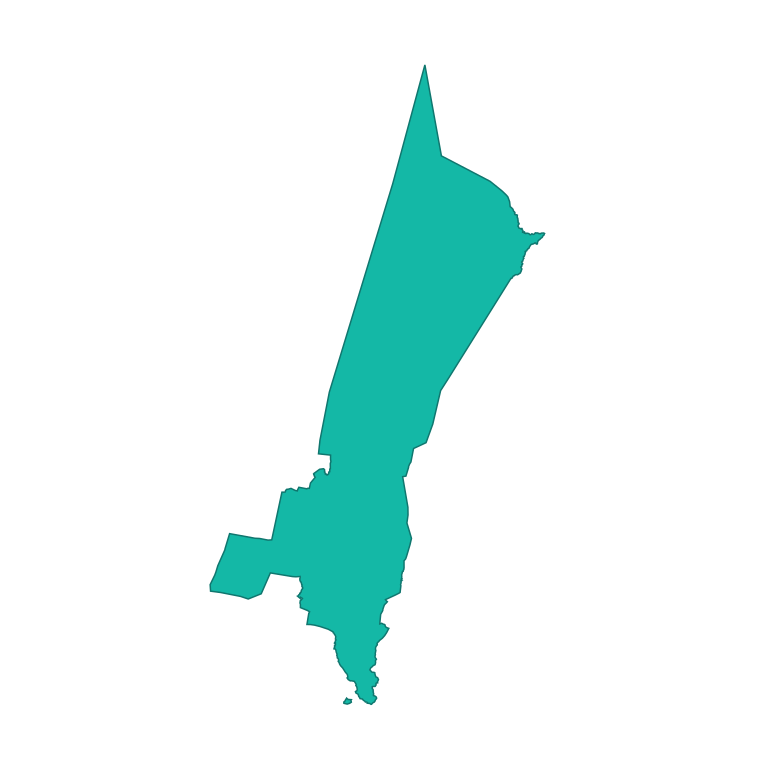 Þingeyjarsveit, Norðurland eystra, Iceland (Albers equal-area conic projection), rotated 195°
{"feature_id": "244011B2873245088627", "entity_name": "Þingeyjarsveit", "entity_type": "district", "adm_level": 2, "iso_a3": "ISL", "parent_name": "Iceland", "parent_adm1": "Norðurland eystra", "projection": "albers", "projection_center": [-17.794, 65.291], "detail": "fine", "context": "isolated", "style": "filled", "palette": "teal", "viewbox_px": 768, "rotation_deg": 195, "n_neighbors": 0, "source": "geoboundaries", "source_scale": "gbopen_adm2", "svg_char_len": 6060}
<svg xmlns="http://www.w3.org/2000/svg" viewBox="0 0 768 768"><g transform="rotate(195 384 384)"><path d="M396.2,131.8L392.9,132.6L388.8,133.1L383.0,133.2L374.5,132.7L369.0,131.4L368.7,130.6L367.7,130.3L367.3,129.6L366.2,128.7L365.2,127.5L364.9,125.0L364.2,124.6L364.2,123.8L364.5,123.2L364.4,122.2L364.6,121.6L364.2,121.7L363.9,121.5L363.8,121.2L364.3,120.4L363.7,120.3L363.4,119.6L363.5,119.1L363.8,118.7L363.6,118.5L363.6,118.3L364.0,118.0L363.5,117.1L363.9,115.9L363.7,115.8L363.6,115.2L362.7,115.5L361.8,114.8L360.6,112.4L359.4,110.9L359.4,109.7L358.8,109.0L358.2,107.3L357.4,107.1L356.7,106.2L356.4,105.4L356.4,104.1L355.4,103.5L354.5,102.1L353.1,100.7L350.4,99.0L346.8,95.7L344.2,93.9L343.1,91.6L343.4,90.8L343.6,90.5L342.7,90.1L342.3,89.3L339.8,88.5L338.7,88.9L335.7,89.1L333.9,87.4L333.1,86.5L333.2,85.5L332.1,84.6L331.6,83.9L330.8,82.0L330.8,81.2L331.0,80.3L331.6,80.0L332.0,79.5L331.2,78.3L328.7,77.6L327.5,75.6L326.6,75.0L325.7,73.9L323.2,74.1L322.2,73.2L320.5,72.7L319.7,72.0L318.3,72.3L317.6,72.0L317.3,71.7L317.4,71.4L314.9,71.7L313.6,71.2L313.1,71.5L312.6,72.6L311.8,73.7L311.0,74.3L310.6,75.5L310.6,76.5L309.8,78.2L309.8,78.6L310.0,79.0L310.7,79.8L312.2,80.3L313.5,80.3L313.8,80.9L313.7,81.7L314.0,82.6L314.9,83.8L314.8,84.6L315.1,84.9L315.5,86.1L316.5,86.7L316.6,87.4L317.0,88.4L317.0,88.6L316.6,88.9L314.3,89.6L313.8,91.0L313.8,91.5L314.2,92.2L314.0,93.2L312.8,93.7L313.2,94.7L312.8,97.0L314.2,98.7L316.1,99.0L317.7,101.5L318.1,102.7L319.0,102.9L321.0,102.5L323.7,104.2L323.3,106.5L322.1,108.0L321.5,109.3L320.1,110.4L320.0,110.6L320.0,111.0L320.0,112.6L320.6,114.4L320.6,114.8L320.1,116.2L321.6,117.4L322.2,118.6L322.3,119.1L322.2,120.2L322.7,121.3L322.9,124.3L323.0,124.8L323.4,125.1L323.8,126.5L323.9,127.5L323.6,128.9L323.0,130.2L323.0,130.5L323.6,131.7L323.1,132.9L322.3,134.0L322.1,134.9L319.8,138.0L318.2,141.2L317.1,144.6L316.1,149.2L318.1,149.4L319.3,149.7L320.1,150.4L320.7,151.6L321.5,151.9L322.4,151.8L324.3,152.3L326.0,151.2L327.6,160.7L326.7,164.2L326.6,165.3L326.8,166.2L326.5,170.5L325.9,171.8L325.0,173.3L324.4,174.6L326.1,175.4L326.8,176.1L318.3,183.2L315.3,185.9L314.5,186.8L315.5,193.6L316.0,194.3L316.1,194.9L316.0,196.3L316.3,197.2L316.4,197.9L316.1,198.4L316.3,198.7L316.2,198.8L316.5,198.8L316.4,199.0L316.5,199.1L316.4,199.4L316.7,199.6L316.8,200.2L316.4,200.4L316.2,200.3L316.2,200.8L316.7,201.3L317.0,202.2L317.0,202.7L317.6,204.3L317.5,205.3L317.6,205.9L317.5,206.3L317.7,207.2L317.0,208.0L317.2,208.5L316.9,209.6L317.0,210.4L316.9,210.5L317.1,210.9L317.0,211.4L318.9,218.4L317.8,220.7L317.6,223.6L317.3,235.4L317.5,242.0L325.9,255.7L326.9,263.7L329.0,271.1L342.0,299.3L339.0,300.7L338.7,309.7L338.9,310.6L338.8,311.5L338.5,313.5L337.8,315.6L338.7,328.5L338.7,329.4L328.2,338.2L326.5,357.9L327.6,392.3L323.3,405.8L288.7,518.9L288.1,519.0L287.6,519.7L287.5,520.0L287.6,520.4L286.9,522.0L286.2,522.3L285.8,523.0L284.9,523.8L283.2,524.1L281.0,526.6L280.9,527.9L280.7,528.3L280.9,528.8L280.7,529.3L280.6,530.6L280.8,531.1L281.8,531.9L282.1,532.5L282.0,532.8L281.5,533.2L281.4,533.9L281.9,534.9L281.2,535.5L281.1,536.0L282.6,537.4L282.3,538.3L281.8,538.6L281.8,540.9L281.4,541.4L282.3,542.8L282.2,543.2L281.6,543.6L281.5,543.9L281.7,544.5L281.3,545.4L281.5,546.1L281.4,547.9L281.9,548.6L280.7,549.5L280.5,550.7L280.1,551.0L280.0,551.9L279.1,552.7L279.0,553.0L279.0,554.1L278.0,556.9L275.8,558.1L274.6,559.4L273.9,559.3L273.1,558.6L272.2,558.9L272.1,559.1L272.4,560.4L272.1,562.4L270.7,564.3L270.0,565.6L269.3,566.3L269.0,567.0L268.8,568.3L268.0,569.3L268.0,570.6L268.2,570.9L268.1,571.0L268.8,571.2L271.2,570.4L271.7,569.6L272.5,569.6L273.1,569.3L273.6,569.6L275.3,569.6L276.0,569.2L276.7,569.3L277.1,569.0L277.4,568.2L277.7,567.7L278.6,567.1L280.0,567.4L281.0,566.2L281.6,566.0L283.0,566.8L285.1,566.7L285.9,566.0L286.7,566.3L287.5,566.0L287.7,566.4L287.5,567.1L287.8,567.3L289.4,566.5L289.5,566.8L289.4,567.3L289.4,567.9L290.1,568.7L291.3,569.1L291.3,569.4L290.9,569.8L291.0,569.9L292.6,569.4L294.3,569.7L294.8,570.7L295.5,571.1L295.4,571.7L295.5,572.5L295.0,573.4L295.0,573.8L295.3,574.3L295.9,574.4L296.3,574.8L296.4,575.5L296.9,576.2L296.8,576.7L297.2,577.2L297.3,578.1L298.0,578.8L298.1,579.3L298.5,579.5L298.9,581.6L299.6,581.8L300.6,581.5L301.4,581.6L301.9,582.2L301.7,583.1L302.5,584.0L303.4,584.3L304.7,586.2L306.6,587.4L308.0,587.9L309.9,592.7L312.8,596.8L314.5,598.0L319.7,600.9L333.9,607.2L387.6,619.2L427.1,702.8L427.4,579.6L434.7,362.0L431.3,313.2L429.2,299.6L417.2,301.5L416.2,297.6L415.2,295.3L415.3,293.3L413.9,288.4L414.2,288.3L414.3,287.7L413.7,285.2L414.6,284.6L414.2,283.3L414.3,282.7L415.0,281.6L415.4,281.4L415.8,281.8L416.0,281.7L416.1,282.0L417.3,281.8L417.5,282.6L418.6,283.4L418.6,283.8L418.8,284.1L418.6,284.3L419.1,285.1L419.1,285.6L419.4,286.0L420.5,286.5L424.1,285.0L428.6,279.4L428.6,279.2L428.3,278.8L428.5,278.7L428.3,278.5L428.3,278.1L427.6,277.6L427.3,276.8L427.1,276.7L426.3,276.1L429.4,269.3L429.1,263.9L430.5,263.6L431.5,262.8L439.5,262.2L440.0,259.8L440.1,258.3L442.2,258.2L446.8,259.1L449.6,257.4L450.3,257.3L450.8,257.0L451.5,255.6L451.4,254.4L451.7,253.9L454.6,253.1L452.1,204.4L455.6,203.2L464.1,202.6L468.8,201.6L494.4,199.5L494.8,186.8L494.9,183.9L494.8,182.6L497.5,165.4L497.7,158.9L498.0,155.6L500.0,145.2L497.9,139.0L488.1,140.3L467.6,141.7L459.5,141.2L448.3,149.6L444.9,172.1L422.5,174.3L419.1,175.0L415.2,176.4L414.8,175.1L414.9,174.0L414.2,172.2L413.6,171.7L413.4,171.3L412.8,171.2L411.6,169.0L411.1,168.7L411.1,167.8L411.0,167.4L410.0,166.6L409.9,166.4L410.0,165.8L409.7,165.6L409.9,164.5L410.4,163.6L410.4,162.7L410.2,161.9L410.2,161.7L410.8,160.9L410.7,160.5L410.7,160.3L411.2,159.9L411.0,159.4L411.1,159.0L411.8,158.2L412.1,157.1L412.6,156.7L409.4,155.2L409.4,156.4L407.3,155.8L408.0,154.0L408.7,153.3L408.8,153.1L408.5,150.7L407.7,149.5L406.9,146.4L399.2,145.4L396.9,144.7L397.3,142.9L396.2,131.8ZM340.1,65.2L336.7,65.3L334.5,66.7L333.2,68.2L333.5,68.7L333.6,69.2L334.0,69.6L334.1,70.4L334.0,70.6L337.1,70.0L337.7,70.4L338.4,70.4L338.4,70.6L338.8,70.9L339.5,68.6L339.6,67.8L340.5,66.4L340.1,65.2Z" fill="#14b8a6" stroke="#0f766e" stroke-width="1.5"/></g></svg>